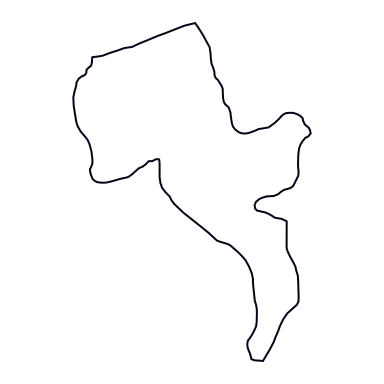 outline of Offouè-Onoyè, Ogooué-Lolo, Gabon
{"feature_id": "22940354B26580795617541", "entity_name": "Offouè-Onoyè", "entity_type": "district", "adm_level": 2, "iso_a3": "GAB", "parent_name": "Gabon", "parent_adm1": "Ogooué-Lolo", "projection": "albers", "projection_center": [11.91, -1.081], "detail": "fine", "context": "isolated", "style": "outline", "palette": "ink", "viewbox_px": 384, "rotation_deg": 0, "n_neighbors": 0, "source": "geoboundaries", "source_scale": "gbopen_adm2", "svg_char_len": 2650}
<svg xmlns="http://www.w3.org/2000/svg" viewBox="0 0 384 384"><path d="M92.3,57.2L92.2,58.4L91.9,62.5L91.1,65.7L88.9,67.4L86.5,69.9L86.3,72.8L84.8,75.1L81.8,76.3L78.8,78.6L76.6,82.3L76.1,86.3L74.6,91.2L73.3,97.6L73.8,106.6L76.2,121.4L77.6,126.2L80.8,131.7L84.4,135.8L87.7,140.0L89.7,144.7L91.4,151.3L92.3,158.2L92.5,162.9L91.4,166.4L90.1,168.9L90.0,171.0L90.8,174.5L92.5,178.8L94.4,180.7L97.0,182.1L101.3,182.7L105.6,182.7L110.2,181.7L115.0,180.4L120.1,178.9L125.3,177.8L128.5,176.9L131.8,174.5L138.8,168.3L142.8,166.5L145.6,164.4L148.9,161.1L152.5,161.1L154.5,159.9L156.4,159.1L159.1,159.4L159.5,161.8L159.6,165.9L159.6,170.8L159.6,177.2L160.4,183.0L162.1,187.8L165.2,191.9L169.8,196.7L171.5,200.3L174.1,203.8L183.4,212.7L198.8,224.9L208.9,233.1L217.0,240.6L220.6,241.9L224.4,243.0L228.2,244.2L231.2,246.1L234.2,248.8L237.9,252.0L241.4,255.5L245.6,260.3L248.9,266.3L251.8,273.3L252.9,278.6L253.0,283.3L253.5,288.6L254.4,296.7L254.8,300.9L256.0,304.5L256.8,309.1L256.9,313.9L256.7,321.6L256.1,326.3L254.5,329.9L253.3,332.5L251.5,335.5L250.2,337.6L247.8,340.8L247.3,344.0L247.5,346.9L248.6,350.5L249.8,353.1L250.8,356.5L251.4,359.1L251.7,359.3L255.0,360.4L259.1,360.6L262.9,361.0L269.8,349.5L273.7,342.0L275.6,336.9L278.0,331.4L280.1,325.7L283.4,319.0L287.2,313.5L292.9,308.3L296.8,304.8L298.4,301.9L298.7,297.0L298.4,288.8L298.2,281.6L297.8,275.5L296.2,270.4L295.4,266.5L293.3,262.4L290.4,257.2L288.4,253.1L286.8,249.1L286.6,246.2L286.7,221.4L284.9,220.4L281.5,218.8L278.7,218.4L274.6,217.6L271.9,215.7L268.9,214.0L265.8,212.6L260.7,211.4L256.9,210.5L255.1,208.5L254.6,205.1L255.9,202.0L259.1,199.2L262.4,197.7L266.7,196.4L273.8,196.0L278.1,194.2L281.0,191.8L284.1,189.8L287.6,188.9L290.6,187.9L293.0,186.2L295.6,181.2L298.2,175.9L298.6,172.4L298.0,165.0L298.3,154.8L299.1,148.3L300.5,144.5L302.6,141.2L305.3,137.8L308.2,136.5L310.7,133.4L309.9,130.0L308.9,127.9L306.8,126.2L304.7,124.3L303.0,120.5L302.7,118.3L300.5,116.1L297.7,114.4L293.4,112.9L289.7,112.8L286.2,113.1L283.7,114.2L281.4,116.1L279.1,118.8L275.0,122.7L268.6,127.4L262.3,128.5L258.5,129.1L255.8,130.4L252.4,131.7L249.4,132.8L245.4,133.6L241.3,133.2L238.6,132.1L235.2,129.5L232.9,126.5L231.7,122.3L230.8,116.2L230.5,112.7L228.6,107.3L225.3,104.4L223.8,101.8L223.1,98.2L222.8,93.2L222.7,88.6L221.4,85.6L219.7,82.9L217.9,80.0L215.7,78.0L214.6,75.4L214.3,71.4L213.0,67.4L211.5,63.5L210.9,59.1L210.6,53.9L209.6,47.1L206.2,41.0L203.3,35.6L200.5,31.1L197.6,26.5L195.0,23.0L194.6,23.2L184.7,25.6L176.4,28.8L165.8,33.0L158.3,35.7L146.5,40.6L139.1,43.6L132.1,46.9L124.2,48.1L117.1,50.7L112.1,52.2L107.1,54.0L102.9,55.6L98.1,56.5L92.3,57.2Z" fill="none" stroke="#020617" stroke-width="2"/></svg>